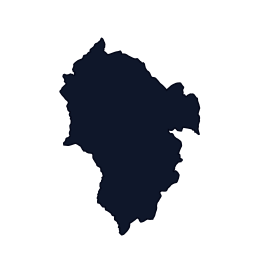 Na Mom, Songkhla, Thailand (orthographic projection), rotated 141°
{"feature_id": "78962969B5243255389589", "entity_name": "Na Mom", "entity_type": "district", "adm_level": 2, "iso_a3": "THA", "parent_name": "Thailand", "parent_adm1": "Songkhla", "projection": "orthographic", "projection_center": [100.569, 6.95], "detail": "fine", "context": "isolated", "style": "filled", "palette": "ink", "viewbox_px": 256, "rotation_deg": 141, "n_neighbors": 0, "source": "geoboundaries", "source_scale": "gbopen_adm2", "svg_char_len": 5771}
<svg xmlns="http://www.w3.org/2000/svg" viewBox="0 0 256 256"><g transform="rotate(141 128 128)"><path d="M200.0,48.9L198.3,48.3L197.6,48.3L194.0,48.7L192.0,49.2L189.8,50.0L188.3,51.2L187.0,52.7L186.3,53.0L184.2,52.7L180.4,52.5L177.3,52.6L177.1,52.4L177.0,52.1L176.8,51.0L176.5,49.9L177.2,48.7L177.1,46.9L175.6,46.2L174.3,45.8L172.0,45.6L170.6,45.3L170.2,45.4L169.2,44.2L168.2,43.2L167.0,42.4L166.1,41.7L165.3,42.2L163.6,42.8L162.4,43.4L159.6,45.5L157.5,46.7L156.1,48.0L155.2,49.4L154.7,50.0L152.6,51.7L151.5,52.1L150.3,52.3L149.8,52.6L149.1,52.8L148.2,53.3L147.0,53.6L145.2,54.4L144.9,55.0L144.4,57.5L143.9,58.0L143.3,58.3L142.4,58.3L141.4,58.1L139.6,56.4L138.2,55.4L137.7,55.3L137.1,55.4L135.7,56.1L135.0,56.4L132.6,56.5L130.2,57.0L128.5,56.8L127.5,56.6L126.5,56.3L124.6,55.4L123.7,55.5L120.6,57.3L118.0,59.4L117.6,61.9L117.7,63.7L118.2,64.8L119.4,65.2L120.0,65.5L119.6,66.4L119.3,66.5L118.4,66.6L117.2,67.5L116.9,68.0L116.4,68.4L115.4,68.8L114.2,69.4L113.0,69.7L111.3,69.8L110.7,70.1L109.1,69.4L108.8,69.1L108.4,69.1L108.0,68.7L107.7,68.9L106.7,68.8L106.1,69.0L105.9,69.4L105.9,69.8L106.3,70.6L106.5,71.4L106.8,72.0L105.4,73.5L104.7,74.8L104.7,75.1L105.2,75.8L105.2,76.3L104.7,76.7L102.3,78.2L99.7,79.6L98.3,80.2L97.8,80.5L97.3,81.1L96.2,83.0L95.8,83.8L95.8,85.1L96.6,88.2L97.2,89.3L97.4,90.2L97.7,92.3L97.6,93.0L97.2,94.5L97.2,95.4L97.6,96.1L98.3,96.4L98.7,96.7L99.0,98.2L99.0,99.0L98.9,99.7L97.9,100.7L97.5,101.2L97.1,100.5L96.5,100.0L96.1,99.3L95.2,98.6L94.5,98.5L91.9,98.7L91.6,98.6L91.2,98.0L91.1,97.4L90.9,94.9L88.6,92.3L88.2,92.2L87.9,92.4L86.7,93.2L85.0,94.0L84.7,94.0L84.4,93.8L81.6,90.7L78.7,87.2L78.7,86.9L78.8,86.3L78.8,85.8L78.5,85.4L78.0,85.0L77.8,84.7L77.8,84.1L78.4,82.6L77.8,82.3L77.4,79.9L77.1,78.7L76.6,78.5L75.4,81.3L74.3,83.4L72.6,84.9L71.4,86.5L68.1,88.6L67.7,89.5L67.0,90.1L66.6,90.6L66.2,90.8L66.0,91.3L65.6,91.8L65.5,92.2L65.2,93.2L65.5,93.8L65.0,94.6L64.2,95.6L59.9,98.5L58.4,101.6L57.0,105.4L56.1,106.6L55.6,107.5L56.0,108.2L56.1,108.7L55.9,112.4L56.3,113.5L57.4,114.3L58.3,115.1L61.1,115.7L62.5,115.5L63.3,116.0L63.6,116.4L63.3,117.8L63.4,118.2L64.0,118.6L64.4,119.4L64.3,119.8L62.9,121.1L61.9,123.2L61.2,123.7L59.8,124.3L59.2,124.8L59.3,126.8L59.0,129.7L59.7,130.5L61.3,131.6L62.7,132.3L65.7,133.1L67.8,133.4L72.5,133.2L74.2,133.0L74.2,135.2L74.4,137.7L74.6,139.5L75.3,142.7L75.2,145.4L75.4,149.0L75.7,150.0L77.6,152.1L77.8,152.7L77.8,153.6L76.8,157.2L76.8,158.9L77.4,160.5L77.2,162.5L76.8,164.3L76.2,165.4L75.7,166.6L75.1,167.4L75.1,167.6L75.2,169.0L75.4,169.1L76.2,169.4L76.5,169.8L76.7,170.4L76.5,171.0L76.6,171.6L77.0,172.1L76.9,173.2L77.1,174.2L77.1,175.6L77.4,176.0L78.9,176.9L79.9,178.0L80.6,179.3L82.6,183.7L83.1,185.5L83.8,186.9L84.4,187.6L86.4,189.4L86.4,189.8L85.9,190.6L85.8,191.1L85.6,192.1L85.7,192.6L87.4,193.2L89.3,194.3L90.7,194.9L95.3,196.5L96.8,197.1L97.4,197.5L97.9,198.1L98.1,200.9L98.7,202.6L98.6,203.2L98.3,203.6L97.3,204.4L96.7,205.3L96.4,205.5L95.6,205.6L95.3,205.7L94.6,206.6L93.7,207.4L93.4,207.8L92.8,209.1L92.6,210.1L91.9,212.3L91.8,213.3L91.9,213.9L92.1,214.3L92.4,214.3L92.7,214.2L94.0,213.4L94.7,213.1L96.0,213.2L98.0,213.0L98.7,213.2L99.8,213.6L100.3,213.7L101.2,213.6L102.4,212.9L103.6,212.5L104.4,212.5L107.6,212.6L108.4,212.2L109.0,211.1L109.2,210.9L111.2,211.3L111.9,211.3L113.7,210.8L114.2,210.8L116.5,211.9L116.9,211.9L117.2,211.8L118.1,211.1L118.9,210.7L120.1,210.4L120.7,210.5L123.1,211.3L124.8,211.7L127.8,211.8L129.6,211.6L130.2,211.3L130.7,210.4L131.7,209.5L132.2,209.2L133.3,208.7L134.0,208.3L134.2,208.0L134.3,207.3L134.7,206.7L134.7,206.3L134.2,204.7L135.3,203.8L135.4,203.2L136.6,202.8L136.9,202.8L137.2,203.0L137.8,204.8L138.3,205.2L138.8,206.1L140.8,206.6L141.6,207.0L142.8,208.0L143.2,208.5L143.4,209.2L143.6,209.5L144.3,209.8L144.6,209.8L145.0,209.7L146.1,208.7L146.2,206.6L146.6,205.3L146.9,204.8L147.9,204.2L148.0,204.1L147.9,202.0L148.1,201.3L148.3,200.9L148.7,200.8L151.5,200.7L154.1,200.4L155.1,199.7L155.8,199.5L157.4,199.4L157.8,199.1L158.0,198.8L158.3,195.1L158.1,192.4L158.2,189.8L157.7,186.9L157.9,185.7L158.2,185.2L158.9,184.6L161.3,183.7L161.9,183.1L162.1,181.7L163.0,180.2L163.3,179.1L162.8,176.9L162.9,176.7L164.9,175.4L165.2,174.9L165.5,174.1L165.5,172.1L166.6,171.6L166.9,171.3L166.9,170.3L167.5,169.3L168.3,168.3L169.5,167.1L171.2,166.5L171.7,166.2L172.8,164.5L173.7,162.8L174.3,162.3L175.6,161.7L176.5,161.0L177.1,160.1L177.5,158.7L178.0,158.3L178.7,158.1L179.8,157.9L180.6,158.0L181.9,158.6L182.6,158.6L183.1,158.4L184.1,157.5L184.8,157.2L185.6,156.9L187.0,156.9L187.4,156.7L187.7,156.4L188.1,155.7L188.4,155.2L185.4,152.3L184.4,151.7L182.8,151.0L178.8,149.5L178.1,148.9L177.3,147.4L176.6,145.1L176.0,143.7L176.5,140.7L176.7,139.9L176.7,139.5L176.5,139.0L176.8,138.2L175.3,136.7L175.1,135.2L174.3,133.7L171.7,131.0L171.7,130.7L171.8,130.3L171.7,129.8L172.1,129.0L173.4,127.5L174.0,126.6L174.0,125.7L174.4,124.8L174.2,123.9L174.6,122.8L174.7,120.6L175.0,119.5L175.4,118.8L175.5,118.3L175.4,117.7L174.3,115.1L174.3,114.2L174.6,113.4L176.0,111.6L176.0,111.2L175.7,109.4L176.8,107.4L177.1,106.5L177.1,105.8L179.4,105.7L179.9,104.3L181.4,103.7L182.4,102.7L182.8,102.6L183.8,102.6L184.4,102.4L186.3,100.3L186.5,99.8L186.9,98.3L188.5,97.9L190.8,96.9L191.1,96.6L191.3,96.0L191.7,95.7L192.7,95.5L193.2,95.3L193.9,93.9L194.9,93.5L195.8,92.9L196.1,92.3L196.1,91.3L197.4,90.4L198.4,89.0L198.4,88.7L197.7,88.0L197.1,87.1L197.2,83.5L197.2,82.8L195.5,81.0L195.6,80.5L196.7,78.7L196.7,78.2L196.0,77.2L195.1,74.5L194.6,72.3L195.0,70.4L195.0,70.0L194.6,69.3L193.7,68.3L193.7,68.0L193.9,67.5L195.1,66.3L195.9,65.2L195.9,64.8L195.6,63.9L195.2,62.1L195.3,61.5L195.9,60.0L195.9,59.6L195.4,58.9L195.4,58.7L195.6,58.4L197.8,56.8L197.8,56.5L197.4,55.4L198.2,54.7L198.6,54.3L199.2,52.7L200.2,52.2L200.4,52.0L200.2,49.4L200.0,48.9Z" fill="#0f172a" stroke="#020617" stroke-width="1.5"/></g></svg>